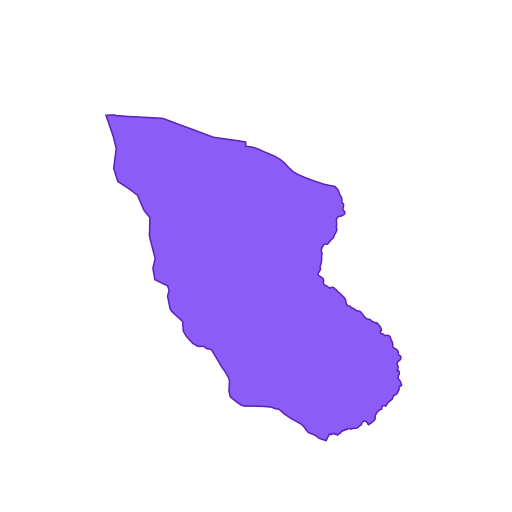 Campina, Prahova, Romania (orthographic projection), rotated 143°
{"feature_id": "2599482B7526130518250", "entity_name": "Campina", "entity_type": "district", "adm_level": 2, "iso_a3": "ROU", "parent_name": "Romania", "parent_adm1": "Prahova", "projection": "orthographic", "projection_center": [25.739, 45.14], "detail": "fine", "context": "isolated", "style": "filled", "palette": "violet", "viewbox_px": 512, "rotation_deg": 143, "n_neighbors": 0, "source": "geoboundaries", "source_scale": "gbopen_adm2", "svg_char_len": 5883}
<svg xmlns="http://www.w3.org/2000/svg" viewBox="0 0 512 512"><g transform="rotate(143 256 256)"><path d="M330.1,333.9L338.0,314.7L345.7,308.3L351.0,298.0L344.6,285.4L346.0,281.0L350.8,277.1L356.3,265.8L356.7,262.6L354.0,247.9L359.2,239.9L360.0,233.6L359.1,224.2L356.6,218.6L352.1,215.2L351.0,211.3L349.0,209.7L348.0,207.4L350.3,186.7L350.2,183.3L351.1,175.5L352.3,172.2L358.8,164.6L361.3,159.0L359.3,150.8L357.7,146.0L355.7,143.2L350.4,139.2L341.3,132.0L334.8,126.2L332.4,122.3L329.9,119.8L328.2,112.1L325.5,104.3L323.2,99.5L321.4,95.2L320.6,92.4L320.5,83.7L316.5,77.0L315.3,72.4L311.1,66.3L307.9,68.1L306.3,68.5L305.7,69.1L305.3,69.3L304.9,69.7L304.6,69.5L304.1,69.4L304.0,69.2L303.8,68.4L303.7,68.3L303.6,68.2L303.2,68.4L302.5,68.5L302.0,68.2L302.0,67.8L301.9,67.6L301.3,67.6L300.7,67.5L300.1,67.1L300.0,66.8L300.2,66.3L300.1,65.9L299.9,65.6L299.5,65.5L299.2,65.1L298.8,64.4L298.7,64.2L298.7,63.9L298.1,64.1L298.2,64.3L297.6,64.1L297.0,64.1L296.7,64.0L296.3,64.0L295.8,64.1L295.4,63.8L295.0,63.8L294.5,64.0L293.9,64.3L293.2,64.3L292.8,64.5L292.5,64.7L292.3,64.6L292.3,64.3L292.1,64.1L291.5,63.9L291.1,63.8L290.4,63.6L289.9,63.8L289.7,63.7L289.5,63.4L289.4,63.3L288.8,63.6L288.6,63.6L288.4,63.4L288.2,62.9L287.9,62.7L287.5,62.5L287.2,62.7L287.1,62.8L286.7,62.6L286.4,62.6L285.7,62.1L285.2,62.0L284.6,61.4L284.5,61.2L284.6,60.9L284.4,60.8L283.8,60.4L283.2,60.3L282.9,60.0L282.5,60.0L282.2,60.0L281.8,59.7L281.2,59.1L280.5,58.7L278.4,57.8L277.9,57.7L277.5,57.7L276.9,57.8L275.9,58.2L275.4,58.1L274.1,57.8L273.7,57.8L272.7,58.4L272.0,59.0L271.3,59.2L270.8,59.2L269.7,59.3L269.1,59.3L268.7,59.0L268.3,58.6L267.9,58.0L267.5,57.0L267.5,56.7L267.5,56.0L267.8,53.6L267.1,53.5L266.1,53.4L265.4,53.4L263.9,53.3L260.2,53.7L259.5,53.9L258.8,54.3L258.4,54.7L258.0,55.2L257.3,56.3L256.7,57.0L256.1,57.3L255.4,57.3L255.1,57.5L254.2,58.0L253.2,58.4L249.7,58.7L248.5,58.3L247.8,58.2L247.2,58.7L246.3,59.6L245.5,60.2L245.4,60.2L243.8,59.5L243.4,59.0L242.9,58.2L242.4,58.1L242.2,58.2L241.0,58.9L240.3,58.8L240.1,58.9L239.3,59.4L238.8,59.7L238.5,59.8L237.9,59.8L237.1,59.3L236.8,59.3L236.2,59.7L235.9,59.8L234.2,59.6L233.5,59.7L232.7,60.0L232.0,60.6L230.5,61.5L230.1,61.7L229.6,61.6L228.7,61.3L228.2,61.2L226.9,61.3L225.9,61.3L225.3,61.5L225.1,61.6L224.5,62.2L224.1,62.3L223.7,62.5L223.2,63.0L222.9,63.1L222.4,63.0L222.1,63.1L221.8,63.5L221.3,64.5L221.0,64.9L220.7,65.2L219.8,65.3L218.2,65.0L217.8,65.1L217.5,65.2L217.3,65.5L216.9,67.2L216.6,67.7L216.2,68.9L216.2,70.1L216.2,70.9L216.1,71.8L216.1,72.5L215.9,72.8L214.8,74.2L214.2,74.7L213.7,75.0L212.6,75.5L212.0,76.1L211.5,77.1L211.2,77.8L211.1,78.1L211.1,78.3L211.3,78.7L211.7,79.0L212.2,79.1L212.2,79.3L212.1,79.5L211.7,79.9L211.0,80.3L210.1,80.9L209.6,81.3L209.2,81.8L209.1,82.1L208.9,83.1L208.6,83.8L207.9,85.6L207.6,85.9L207.1,85.9L205.8,86.3L204.8,86.2L204.1,86.2L203.3,86.4L202.4,86.8L202.0,87.0L201.3,87.8L201.0,88.4L200.9,88.9L200.9,89.4L201.1,90.3L201.4,90.8L201.5,91.4L201.5,91.8L201.3,92.2L200.6,92.9L200.2,93.6L200.0,93.9L199.9,94.6L199.9,95.8L199.9,96.4L200.1,97.2L201.3,99.9L201.4,100.4L201.4,100.9L201.1,101.6L199.9,103.2L199.3,104.4L198.8,105.7L198.8,107.3L198.5,108.0L197.6,110.0L197.5,111.1L197.6,111.9L197.9,112.4L198.6,113.4L201.1,115.1L201.2,115.6L201.3,116.6L201.7,117.5L202.5,118.5L202.8,119.0L202.9,119.5L202.5,120.5L200.4,121.2L199.7,123.0L199.5,124.2L199.3,124.9L199.6,129.0L199.8,130.2L201.5,131.7L202.5,133.6L202.8,134.6L203.0,136.2L203.4,136.9L204.8,138.5L205.3,139.2L205.6,140.0L205.9,141.8L206.0,146.8L206.1,148.5L206.4,149.5L206.9,150.1L208.0,151.2L208.7,152.1L209.0,152.9L209.6,155.3L209.8,155.9L210.3,156.3L210.8,156.9L211.0,157.5L210.9,158.7L211.3,159.4L212.1,160.4L212.5,161.2L212.8,162.1L212.6,163.4L212.0,164.8L211.1,166.4L210.8,167.6L210.6,169.5L210.8,171.6L211.5,175.7L211.7,176.8L212.1,177.6L212.2,178.2L212.2,180.4L212.3,181.2L212.6,181.7L212.8,182.2L212.9,184.1L213.2,184.6L213.7,185.0L214.7,185.4L215.9,185.9L216.5,186.4L216.9,187.3L217.3,188.7L218.3,190.7L218.5,191.5L218.8,192.0L218.8,193.0L218.7,193.4L218.3,194.0L216.7,195.8L216.1,197.3L216.1,198.3L216.4,199.4L216.8,200.5L217.3,201.5L217.6,202.4L217.7,203.3L217.5,204.0L217.1,204.5L212.5,206.5L212.2,206.8L212.0,207.2L211.8,208.2L211.5,208.8L210.6,209.3L208.1,211.3L206.2,213.0L203.6,216.5L202.7,217.3L202.3,217.8L201.6,218.5L201.5,219.2L201.6,219.5L200.6,220.9L199.3,222.3L197.8,223.1L195.3,224.1L194.5,224.2L193.5,224.0L193.1,223.8L192.5,222.8L192.1,222.5L191.7,222.5L191.1,222.5L190.0,222.9L188.7,223.1L187.2,223.5L186.4,223.8L185.3,223.7L184.4,223.8L183.8,223.9L182.5,224.4L181.4,225.1L180.8,225.6L179.9,226.0L178.3,226.6L176.4,227.7L175.4,228.6L174.8,230.0L174.0,231.1L172.8,232.4L172.0,233.5L171.4,234.5L170.4,235.9L169.9,236.8L169.3,237.1L168.5,237.4L167.8,237.7L167.0,237.8L166.4,237.7L165.6,237.4L164.0,236.7L162.7,236.3L161.8,236.2L160.7,236.2L159.8,236.3L159.3,236.7L158.8,237.3L158.6,237.8L158.6,238.6L158.7,240.5L158.5,241.0L158.2,241.5L157.2,242.2L155.7,243.5L155.1,244.5L154.9,245.0L155.0,246.0L154.9,247.6L154.5,248.4L153.8,249.0L153.2,249.6L152.7,250.8L152.4,251.8L152.2,254.0L151.9,255.3L151.6,256.6L151.0,258.0L150.8,259.2L150.7,260.8L151.0,262.2L150.9,263.8L153.1,266.2L157.9,271.7L158.9,272.9L159.8,274.2L161.6,277.1L162.7,278.4L163.7,279.9L167.1,285.1L170.5,290.6L173.8,296.6L174.4,298.2L175.2,300.1L175.5,300.9L175.8,302.1L176.1,303.8L176.7,307.1L176.9,309.3L177.5,314.4L178.5,318.2L180.9,324.1L186.0,333.1L186.9,334.5L188.0,336.6L189.3,339.1L191.5,342.6L192.4,343.9L193.7,345.4L198.2,349.9L195.6,353.3L201.6,359.5L218.6,376.5L220.7,379.9L222.6,382.8L224.7,386.2L227.7,390.8L229.8,394.2L236.4,404.3L246.4,420.1L248.1,422.5L269.1,440.2L271.9,442.6L274.6,444.6L277.6,447.5L281.9,451.2L282.6,451.6L284.4,454.1L289.5,457.6L291.1,458.7L298.2,436.9L302.9,426.0L316.9,411.7L321.5,398.7L316.7,385.3L314.1,375.8L318.0,359.7L317.6,350.5L326.6,339.2L328.4,337.2L330.1,333.9Z" fill="#8b5cf6" stroke="#5b21b6" stroke-width="1.5"/></g></svg>